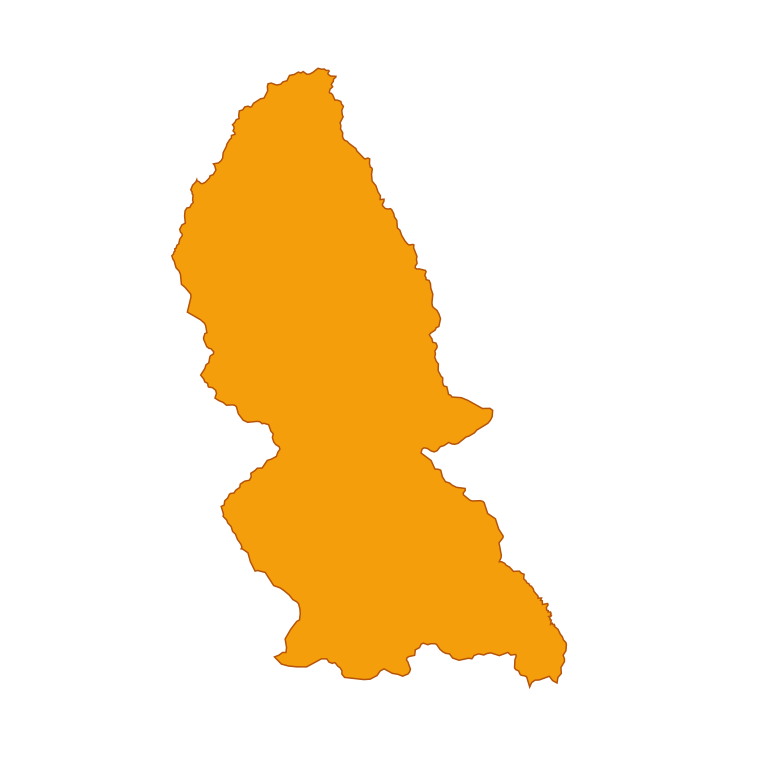 the district of Andapa, Sava, Madagascar, rotated 192°
{"feature_id": "10022922B40357207342555", "entity_name": "Andapa", "entity_type": "district", "adm_level": 2, "iso_a3": "MDG", "parent_name": "Madagascar", "parent_adm1": "Sava", "projection": "mercator", "projection_center": [49.555, -14.613], "detail": "fine", "context": "isolated", "style": "filled", "palette": "amber", "viewbox_px": 768, "rotation_deg": 192, "n_neighbors": 0, "source": "geoboundaries", "source_scale": "gbopen_adm2", "svg_char_len": 6157}
<svg xmlns="http://www.w3.org/2000/svg" viewBox="0 0 768 768"><g transform="rotate(192 384 384)"><path d="M559.8,653.6L560.0,650.9L558.7,646.6L560.8,638.7L564.1,637.3L570.0,631.4L571.2,627.6L572.5,627.0L574.7,627.5L577.8,626.1L579.2,622.8L582.3,621.0L581.9,616.1L580.9,613.6L583.5,611.8L584.3,608.8L586.1,606.1L584.5,604.9L583.7,602.7L584.3,600.2L582.1,598.7L581.7,597.2L584.9,595.4L584.4,592.8L585.8,590.9L587.6,585.9L587.6,583.5L589.4,576.9L588.8,571.4L589.8,568.5L591.9,565.8L596.6,563.9L595.0,562.4L592.9,558.3L594.6,553.3L597.4,551.5L597.6,549.2L600.7,544.2L603.1,542.3L604.8,542.1L607.4,543.6L609.1,543.8L609.6,544.9L610.0,542.6L612.5,538.7L613.4,533.8L611.7,532.1L611.2,530.1L610.1,529.3L609.4,524.0L608.3,522.1L609.9,519.3L610.6,516.4L613.4,515.2L614.6,512.0L614.0,507.0L611.8,500.0L614.7,497.6L616.0,492.8L614.5,490.1L612.8,489.0L612.2,487.2L613.9,483.1L613.9,478.3L615.4,476.6L615.6,473.7L616.8,472.7L616.0,470.7L616.8,469.7L616.9,467.5L618.2,465.3L616.3,462.0L615.0,461.0L611.6,454.5L607.9,451.8L605.9,448.9L602.9,439.4L598.9,437.3L591.7,431.7L590.9,428.8L591.3,413.4L576.8,408.7L572.1,406.0L570.5,403.8L567.9,397.3L569.7,396.1L570.1,391.8L569.7,390.2L565.1,383.7L562.7,382.5L560.5,382.5L557.3,380.1L557.1,377.9L559.5,375.7L560.0,374.2L559.8,368.3L562.0,365.9L562.5,361.7L565.2,354.6L561.4,351.4L559.7,348.8L556.7,348.0L555.4,344.9L554.6,344.5L551.1,344.8L547.4,342.9L545.9,340.0L546.4,335.1L542.0,333.4L537.6,332.6L533.7,330.5L527.8,332.1L525.6,332.1L523.7,331.2L520.3,324.6L514.2,319.3L509.4,318.2L500.5,321.0L497.6,321.3L494.9,319.8L493.2,320.6L488.4,320.2L484.8,314.3L481.9,312.2L482.1,308.5L479.9,304.5L477.4,302.3L473.6,300.9L472.2,298.6L473.6,295.4L474.2,290.8L478.7,287.0L482.3,285.0L485.7,276.5L490.4,275.3L492.3,272.4L495.7,269.0L494.6,265.4L495.7,261.9L500.2,259.9L503.8,256.2L503.6,252.8L506.7,249.6L508.2,246.1L511.4,245.0L512.3,244.0L513.2,239.8L515.5,236.7L515.2,232.3L517.8,230.4L513.9,223.3L513.9,221.1L509.6,218.2L507.9,215.6L503.9,212.8L501.4,208.3L498.0,206.2L495.1,201.6L490.6,197.5L489.0,194.7L489.5,193.1L487.9,193.1L482.0,190.6L477.8,182.5L471.2,174.2L468.8,175.3L461.0,175.0L450.0,163.9L443.3,163.0L438.6,161.0L432.8,157.9L428.4,154.2L424.0,152.8L421.9,151.3L419.5,146.5L418.2,142.1L417.6,135.7L420.0,133.6L424.2,124.8L427.7,114.1L424.5,105.9L424.1,101.0L427.4,100.3L430.5,96.8L434.4,94.3L426.1,88.7L418.6,88.3L410.6,89.2L400.9,91.2L388.0,102.2L382.7,103.2L379.9,100.5L376.3,100.0L375.2,100.9L373.7,101.1L370.8,98.6L367.7,97.1L365.5,94.7L364.9,91.5L361.6,88.8L342.3,90.7L336.2,92.4L330.2,97.4L328.1,102.5L324.7,105.4L315.7,102.7L309.9,102.9L305.0,102.1L300.3,105.3L299.2,107.5L298.8,110.5L303.0,117.3L304.6,118.6L304.6,120.9L303.1,122.5L297.6,125.0L298.1,130.5L294.5,133.5L293.5,137.3L291.7,138.7L286.9,138.1L284.8,139.5L280.7,140.5L278.5,140.3L274.1,136.1L270.6,134.2L267.7,133.4L263.7,133.6L259.9,130.2L253.1,129.4L244.4,133.3L240.9,133.5L239.4,137.2L235.4,139.7L230.0,139.7L227.6,141.6L223.8,143.2L214.7,142.3L207.0,147.2L203.6,145.2L199.1,146.8L198.1,145.5L198.6,141.6L197.3,133.5L195.9,132.1L192.6,131.3L190.4,128.2L189.4,127.7L185.2,127.7L183.5,127.1L178.5,117.9L177.5,122.6L174.7,125.7L170.6,126.8L161.5,132.5L157.5,129.0L152.6,127.5L152.9,133.1L150.4,137.7L152.0,143.5L149.8,149.9L150.3,152.5L152.4,156.0L150.6,160.8L151.4,167.0L152.3,168.9L155.3,171.0L157.0,173.8L159.6,176.0L162.8,180.2L167.1,182.4L166.8,183.4L167.6,184.3L168.8,183.8L169.8,185.0L171.1,183.6L171.3,187.8L172.6,187.9L172.8,189.5L174.5,190.8L172.3,191.7L172.1,192.6L173.2,193.0L172.9,194.4L173.7,195.6L176.1,195.1L176.3,196.5L177.9,196.7L178.7,199.3L177.6,202.0L178.3,203.3L183.2,201.3L184.1,204.9L185.9,204.9L185.4,207.4L188.8,206.6L189.2,208.5L194.2,212.3L195.4,214.7L197.8,216.8L199.4,217.0L200.8,218.8L202.8,219.1L204.2,220.9L206.9,222.5L207.4,227.0L210.1,227.4L212.8,229.1L218.4,227.6L223.1,231.0L226.9,232.1L228.7,233.7L232.0,234.6L234.3,234.1L233.4,238.4L233.7,241.0L238.5,252.6L235.7,258.3L235.8,260.0L241.6,265.9L247.0,275.3L255.7,278.9L261.4,288.8L262.9,289.7L265.6,289.9L272.9,288.0L275.6,288.1L283.2,292.0L283.8,293.8L282.4,296.8L282.9,298.7L291.7,298.0L296.6,299.3L299.3,300.8L303.6,301.2L307.6,305.4L310.6,311.5L313.1,311.9L316.5,311.4L322.0,318.9L333.4,324.2L333.3,328.1L331.6,329.9L328.3,330.0L323.9,328.3L320.8,328.0L318.2,329.8L316.0,334.3L312.4,336.3L308.5,340.3L305.3,339.5L302.4,339.7L299.1,341.4L292.6,349.4L290.4,350.4L285.4,355.0L283.7,358.2L274.3,367.1L272.4,370.7L271.4,374.5L272.2,380.8L275.3,382.2L282.6,380.5L298.5,385.4L305.5,386.7L314.9,385.4L316.3,386.8L318.7,387.3L322.0,394.4L324.7,394.4L325.7,395.2L327.1,397.9L327.8,402.2L329.9,403.5L333.8,408.3L335.0,414.9L337.5,417.0L340.0,420.8L340.0,424.3L341.1,426.7L339.7,430.8L340.0,432.4L341.7,434.8L345.1,435.0L346.4,438.0L349.9,441.5L349.1,443.3L345.1,447.5L344.7,449.9L342.3,451.7L342.3,459.6L344.7,463.7L347.4,466.9L351.8,469.2L353.0,470.6L354.0,473.4L354.9,481.9L358.2,487.6L359.4,491.8L361.4,494.6L364.6,494.9L365.0,496.6L366.7,498.8L366.2,502.6L367.1,503.7L373.6,503.9L375.8,503.2L377.7,504.1L377.9,505.9L376.7,508.8L378.2,512.7L378.3,515.7L383.3,523.3L383.7,526.3L384.7,526.5L388.2,525.2L389.9,525.7L393.3,528.3L397.5,532.9L400.4,537.7L403.4,539.5L405.5,546.7L408.6,549.6L409.9,552.7L412.9,556.3L414.4,556.8L416.5,555.9L419.5,556.0L422.2,557.9L422.9,559.2L422.1,562.7L422.4,564.8L426.2,563.6L426.6,567.3L429.7,570.5L433.2,576.3L437.8,580.0L439.8,586.5L440.1,591.7L441.2,593.1L442.4,593.2L444.0,596.4L444.8,601.2L446.7,601.7L449.2,600.2L450.4,600.5L459.0,606.3L460.4,608.4L468.3,612.1L470.5,613.7L473.2,614.2L475.0,615.7L476.1,617.7L476.6,621.1L479.5,624.3L479.9,627.8L481.3,630.3L479.5,637.0L480.6,638.2L482.2,642.8L481.4,647.2L483.6,648.8L485.0,651.4L488.8,652.0L491.0,651.5L494.4,656.2L496.1,657.4L497.3,657.2L498.1,657.8L498.1,661.1L496.0,664.1L497.6,665.6L497.7,666.8L496.5,669.3L496.7,671.8L495.0,674.0L495.0,675.0L500.1,674.1L502.8,675.2L503.5,676.1L502.7,678.7L503.3,679.2L505.7,678.7L508.1,679.7L510.4,678.9L514.2,679.1L518.4,674.0L521.1,671.8L523.8,670.9L528.0,672.8L530.0,670.9L532.6,671.3L536.3,668.0L540.6,666.2L542.0,660.4L545.6,658.6L547.4,655.7L551.3,654.1L556.8,654.9L559.8,653.6Z" fill="#f59e0b" stroke="#b45309" stroke-width="1.5"/></g></svg>